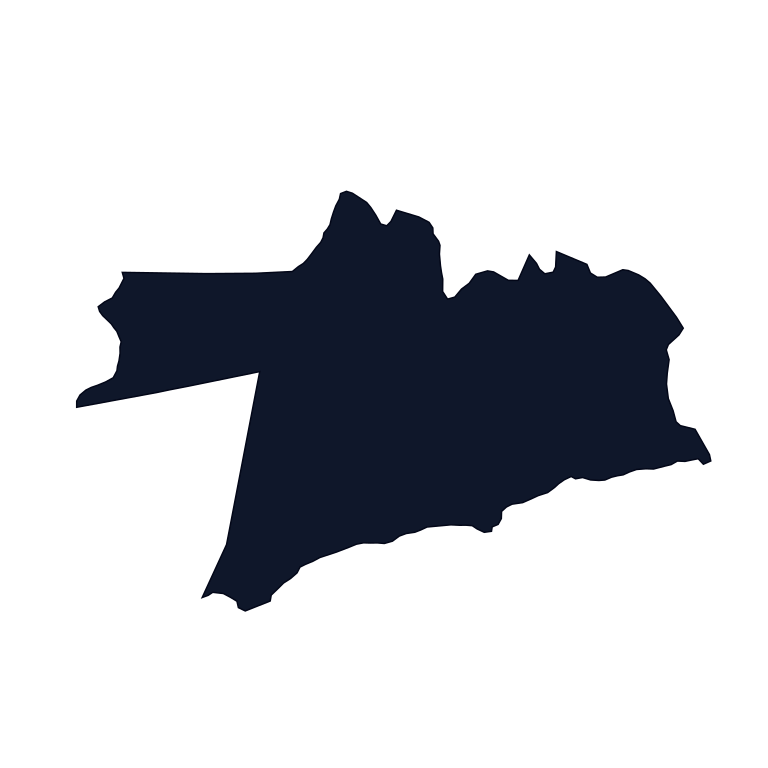 Catolé do Rocha, Paraíba, Brazil, rotated 79°
{"feature_id": "56859067B20984323876399", "entity_name": "Catolé do Rocha", "entity_type": "district", "adm_level": 2, "iso_a3": "BRA", "parent_name": "Brazil", "parent_adm1": "Paraíba", "projection": "equal_earth", "projection_center": [-37.705, -6.33], "detail": "fine", "context": "isolated", "style": "filled", "palette": "ink", "viewbox_px": 768, "rotation_deg": 79, "n_neighbors": 0, "source": "geoboundaries", "source_scale": "gbopen_adm2", "svg_char_len": 2390}
<svg xmlns="http://www.w3.org/2000/svg" viewBox="0 0 768 768"><g transform="rotate(79 384 384)"><path d="M285.0,216.7L307.9,232.6L306.0,242.1L294.9,255.0L292.7,260.8L293.8,273.0L301.4,281.1L305.6,289.8L312.2,297.9L312.8,305.4L304.4,308.8L292.2,306.3L285.5,306.3L278.7,306.0L267.0,304.8L258.6,302.6L254.3,303.2L245.9,307.2L240.1,306.3L233.9,308.9L226.7,317.9L215.8,338.6L225.8,346.2L229.2,351.1L226.3,356.7L216.5,359.9L208.2,363.3L202.5,366.4L190.7,378.6L187.7,384.1L188.8,390.3L194.1,392.6L199.9,397.3L205.5,400.7L211.9,404.2L217.3,406.6L221.1,410.1L224.2,414.1L228.8,415.9L232.9,419.1L236.9,424.3L242.4,430.3L247.1,435.6L250.3,440.2L252.4,445.6L256.1,452.5L250.8,489.1L241.8,537.2L224.5,619.6L230.7,619.1L239.2,625.7L242.7,629.9L247.7,634.3L250.1,642.6L253.6,649.8L258.5,649.3L263.2,647.1L268.4,643.4L273.0,640.2L277.2,638.4L281.3,636.2L287.4,635.0L292.4,633.9L297.3,636.1L303.5,637.2L310.9,639.8L315.6,642.2L320.0,643.6L326.2,648.6L328.9,657.0L330.6,665.5L331.5,672.0L333.1,677.8L336.8,684.5L342.1,688.9L348.2,690.1L349.0,608.8L348.8,595.4L348.8,576.1L348.1,503.6L363.0,509.6L488.5,559.9L511.6,569.2L558.9,603.2L557.9,596.9L555.8,591.9L559.0,581.7L564.1,575.4L569.2,569.8L575.7,569.6L580.3,563.5L575.3,537.1L569.7,535.0L564.2,526.5L560.2,520.6L557.1,512.8L552.8,505.4L547.7,501.4L546.1,495.7L544.4,487.5L542.1,480.1L539.9,462.7L537.3,448.1L536.0,441.8L536.0,434.4L537.5,427.7L538.7,420.9L540.6,414.1L539.9,405.7L536.2,398.0L535.0,390.7L535.4,382.0L534.3,375.8L532.6,369.0L535.0,345.2L537.1,336.6L538.2,330.6L539.9,324.4L544.0,320.3L548.7,313.9L549.1,306.6L544.9,305.1L543.6,298.8L538.5,294.5L531.5,292.9L528.1,287.3L526.4,281.3L526.9,270.5L524.4,259.6L523.0,254.0L521.8,244.1L518.1,236.3L515.2,231.6L512.4,225.3L510.5,217.9L513.6,214.1L513.7,206.9L517.6,199.5L519.7,191.4L520.4,185.5L518.9,178.5L518.6,172.3L518.8,166.5L517.2,160.0L516.1,152.4L517.2,142.9L518.9,135.6L518.2,124.4L517.9,117.5L515.6,110.7L517.4,103.3L517.3,97.0L517.3,89.8L523.7,85.8L521.9,77.9L515.4,78.0L487.8,87.3L481.4,101.1L476.8,104.5L465.4,105.3L452.6,107.7L437.9,106.7L427.5,103.9L414.5,99.5L404.3,100.4L399.5,97.3L392.1,85.1L386.3,79.6L374.2,84.2L350.7,95.4L335.7,103.5L330.5,107.7L325.5,113.2L319.2,122.6L317.4,127.8L321.3,146.1L319.9,154.3L314.4,160.2L305.3,162.0L286.9,189.5L301.9,193.2L306.5,196.6L306.5,205.1L301.0,209.5L294.7,211.3L285.0,216.7Z" fill="#0f172a" stroke="#020617" stroke-width="1.5"/></g></svg>